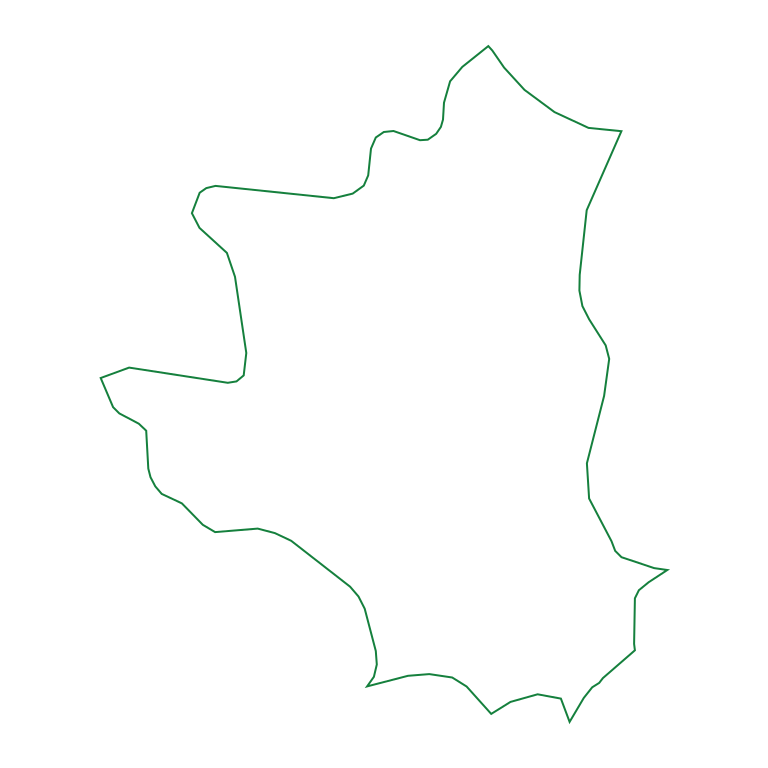 Crotene, Robinson projection
{"feature_id": "ITA-5392", "entity_name": "Crotene", "entity_type": "Province", "adm_level": 1, "iso_a3": "ITA", "parent_name": "Italy", "parent_adm1": "", "projection": "robinson", "projection_center": [16.94, 39.189], "detail": "fine", "context": "isolated", "style": "outline", "palette": "green", "viewbox_px": 768, "rotation_deg": 0, "n_neighbors": 0, "source": "natural_earth", "source_scale": "10m", "svg_char_len": 1212}
<svg xmlns="http://www.w3.org/2000/svg" viewBox="0 0 768 768"><path d="M488.3,46.1L492.3,50.5L504.1,67.6L524.5,89.9L554.5,112.1L588.5,127.9L621.4,131.2L586.7,210.2L579.7,274.9L579.4,290.6L582.4,306.1L589.2,319.4L605.7,345.4L609.2,358.9L604.1,395.9L586.9,463.3L589.1,498.5L611.5,541.2L615.2,550.9L621.5,557.2L654.1,568.1L667.3,570.0L648.7,582.2L638.9,590.2L634.9,598.3L634.1,643.9L634.9,650.3L602.9,678.1L599.2,682.9L592.2,687.3L583.8,697.9L569.6,721.9L560.9,698.6L537.6,694.3L510.5,701.9L491.2,713.9L466.6,686.5L452.2,677.5L429.3,674.1L408.0,675.8L367.1,686.4L373.9,676.8L376.8,664.5L375.8,651.0L364.7,608.7L358.5,596.5L350.1,586.7L291.2,540.8L274.9,533.1L257.7,528.6L215.1,532.1L202.8,524.8L181.9,503.4L161.7,493.9L155.3,486.4L150.5,477.2L148.3,468.6L146.2,430.7L138.8,423.7L119.3,413.4L113.1,407.2L100.7,378.0L129.1,367.6L227.8,382.8L236.5,381.4L243.7,375.4L246.3,353.0L235.0,276.8L226.9,252.9L199.5,227.9L191.9,213.2L199.7,192.7L206.3,188.1L215.5,185.9L333.8,198.2L352.7,193.6L363.8,185.6L368.2,175.4L371.0,148.6L375.8,137.5L383.8,132.0L393.5,131.0L420.0,140.2L427.8,139.7L436.2,133.8L440.9,126.9L443.0,119.6L444.0,102.7L450.1,81.3L462.3,66.9L488.3,46.1Z" fill="none" stroke="#15803d" stroke-width="2"/></svg>